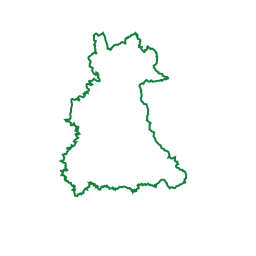 Dam Rong, Lâm Đồng, Vietnam (Albers equal-area conic projection), rotated 301°
{"feature_id": "81297802B48811804766969", "entity_name": "Dam Rong", "entity_type": "district", "adm_level": 2, "iso_a3": "VNM", "parent_name": "Vietnam", "parent_adm1": "Lâm Đồng", "projection": "albers", "projection_center": [108.207, 12.042], "detail": "fine", "context": "isolated", "style": "outline", "palette": "green", "viewbox_px": 256, "rotation_deg": 301, "n_neighbors": 0, "source": "geoboundaries", "source_scale": "gbopen_adm2", "svg_char_len": 5741}
<svg xmlns="http://www.w3.org/2000/svg" viewBox="0 0 256 256"><g transform="rotate(301 128 128)"><path d="M97.8,194.8L99.4,195.3L100.1,196.8L100.1,198.4L100.8,199.2L103.1,199.5L104.6,201.1L106.2,201.5L106.5,202.1L109.5,203.9L110.7,205.0L111.1,204.9L111.1,203.6L112.6,203.6L113.4,202.8L115.1,203.6L118.2,201.6L119.8,199.4L119.9,198.4L119.3,197.2L120.2,196.3L119.0,193.9L119.7,192.5L119.3,189.8L119.9,188.8L121.5,188.5L122.7,189.5L123.0,188.5L124.5,187.8L123.9,185.9L124.2,184.8L127.3,183.4L124.5,181.5L124.1,180.5L124.8,178.8L123.6,177.9L126.6,177.2L128.3,174.7L128.4,173.2L127.7,171.4L127.7,170.6L128.5,170.0L128.1,167.0L129.7,165.3L130.0,162.4L130.9,159.1L131.9,157.4L132.9,156.9L134.0,154.2L137.6,152.7L137.4,149.8L137.8,147.3L142.2,144.8L143.8,144.9L144.3,140.0L145.4,140.1L145.8,139.6L146.9,139.3L147.4,138.4L150.3,138.2L151.4,137.1L153.1,136.6L154.3,135.5L157.9,131.4L156.8,129.5L157.9,127.1L157.9,125.6L160.2,123.7L162.8,123.1L163.8,122.1L164.6,121.8L165.7,120.2L167.0,120.2L167.4,119.1L168.4,118.4L169.8,116.2L171.1,115.8L173.2,116.9L174.1,117.7L174.0,118.5L175.4,118.3L178.4,118.9L178.7,119.5L178.3,120.8L178.6,122.2L179.3,123.1L180.5,123.1L180.8,123.6L180.4,125.5L184.0,129.5L184.6,130.6L186.1,131.4L186.4,132.3L186.0,132.7L188.6,133.8L188.9,135.0L191.1,136.7L192.0,135.5L191.9,135.0L191.2,134.6L190.7,130.9L191.9,129.5L190.6,126.0L191.4,125.4L191.7,121.9L192.6,120.9L192.6,120.3L193.2,119.2L194.3,118.0L197.6,119.2L198.9,119.0L203.0,117.1L203.3,116.4L203.8,116.3L203.8,115.8L204.4,115.9L206.7,114.1L206.7,113.2L207.3,113.1L208.3,110.4L208.5,108.6L208.5,107.9L207.6,107.3L207.8,106.5L207.4,106.3L207.6,104.5L208.2,103.6L208.1,102.8L207.1,102.8L205.5,103.8L204.0,103.4L203.9,102.7L203.3,102.4L201.7,103.0L201.4,102.7L201.9,102.2L201.8,100.7L203.0,98.3L204.3,98.1L203.3,97.2L203.7,96.5L203.2,95.9L204.2,95.6L204.1,95.1L204.5,94.7L205.9,95.0L207.9,93.7L208.8,93.9L209.4,93.6L210.0,92.5L209.5,90.5L210.7,89.5L210.8,88.4L211.6,88.1L212.2,88.5L212.7,87.9L213.2,85.8L212.3,86.1L212.5,85.2L210.6,84.4L209.5,82.9L207.7,83.0L206.3,81.3L205.9,81.1L205.3,81.6L204.5,81.0L204.8,80.6L202.9,79.9L199.1,82.1L199.0,81.6L199.4,81.0L198.6,79.7L198.7,78.7L197.7,78.1L196.0,77.8L195.4,77.1L194.2,76.7L193.6,75.3L191.7,73.4L189.5,73.2L188.5,72.6L187.3,73.1L185.9,72.7L185.8,72.0L186.3,71.9L186.1,70.6L185.4,69.8L188.5,67.5L191.9,63.2L193.9,61.7L196.6,57.6L195.6,57.4L191.8,55.0L192.7,53.0L192.6,52.1L192.1,51.7L189.5,51.0L188.8,51.9L186.3,53.1L185.5,54.1L186.0,55.5L184.3,56.1L181.8,56.1L181.7,57.5L179.9,58.1L178.9,59.4L177.3,60.1L175.7,62.4L175.4,62.2L175.6,61.0L175.0,60.0L174.3,60.0L173.4,59.2L172.2,59.2L168.5,57.7L167.9,57.8L166.6,59.3L166.0,61.7L164.9,62.2L163.8,62.0L161.0,63.4L161.3,66.9L159.4,67.4L158.3,68.1L156.8,71.4L157.0,73.1L159.3,72.2L159.3,73.9L158.1,74.7L158.1,75.4L155.8,76.3L155.8,77.2L155.1,78.4L153.7,79.4L153.1,79.1L152.4,77.2L152.5,73.4L150.0,73.0L148.6,70.6L147.8,70.7L147.4,71.3L146.8,74.9L145.6,74.0L145.7,72.3L144.6,70.2L144.1,70.1L143.3,70.3L141.1,72.5L141.0,74.7L139.3,75.2L138.3,74.3L137.3,75.3L137.1,74.3L136.1,74.1L136.6,73.0L136.1,72.7L135.1,73.0L134.3,72.3L133.8,72.8L133.8,74.2L133.2,74.4L131.3,73.9L130.5,70.3L129.7,69.7L128.6,69.4L127.8,69.7L127.3,71.7L126.3,71.7L126.5,68.9L124.7,68.1L124.2,65.3L123.3,64.8L120.9,66.3L120.2,67.4L118.9,68.2L115.5,69.1L112.5,70.8L110.1,71.2L109.3,72.2L106.9,73.6L105.2,73.5L102.7,70.0L101.9,72.0L103.2,73.6L102.9,76.6L102.5,77.3L101.3,77.2L101.0,77.7L101.9,79.2L104.1,79.3L102.9,80.9L102.4,82.9L103.4,84.8L103.0,85.2L102.3,85.3L102.0,84.1L101.1,83.8L100.5,84.7L101.3,85.3L100.1,85.9L99.1,85.2L99.1,84.3L98.7,84.3L98.8,86.9L97.3,88.1L98.2,88.7L98.0,89.4L96.0,87.9L96.4,86.8L95.7,86.3L94.1,88.7L93.9,90.3L90.6,88.8L88.6,88.5L88.5,90.2L89.0,90.8L87.4,90.7L85.7,91.1L84.2,90.3L84.2,88.7L83.0,89.6L81.8,88.7L80.7,89.4L80.1,89.2L79.9,88.7L80.6,88.7L80.6,87.5L79.7,86.3L79.1,86.5L79.3,87.6L78.1,88.4L76.1,88.0L74.7,88.5L73.5,88.3L73.0,86.8L71.4,86.0L71.2,87.0L70.4,87.5L70.0,88.5L67.5,89.4L66.4,89.1L66.0,87.9L65.1,87.4L65.3,89.6L64.9,90.3L65.8,92.1L65.0,93.3L63.6,93.6L63.2,94.5L62.2,94.4L60.7,96.6L60.5,97.7L60.0,97.5L59.5,96.7L59.6,94.8L58.4,94.8L56.9,92.7L56.6,93.1L57.5,94.6L56.9,95.2L53.4,95.4L54.4,96.9L54.1,98.5L53.1,99.3L53.8,100.2L53.2,100.4L52.2,99.8L51.6,100.0L51.1,100.8L51.9,101.1L50.7,102.5L51.5,103.7L50.6,105.2L51.5,107.3L50.5,108.0L49.8,110.1L50.8,111.0L50.8,112.3L50.2,112.5L50.3,111.9L49.9,111.6L48.3,112.8L46.3,112.4L46.4,113.0L47.6,114.3L45.8,114.6L42.8,117.4L43.5,119.6L45.2,119.2L45.8,120.2L46.6,120.9L47.2,120.9L47.0,122.1L48.4,122.2L49.2,123.3L50.3,122.9L50.5,122.4L53.9,122.6L54.1,124.1L54.5,123.4L55.2,123.4L56.4,124.5L57.2,124.3L57.9,125.0L59.7,123.9L60.5,124.4L60.9,123.2L61.3,124.2L61.8,123.7L62.3,124.0L62.4,124.9L62.0,125.2L61.5,124.8L61.3,125.7L62.3,126.8L62.7,128.4L62.4,128.7L61.6,128.1L61.1,128.3L62.2,130.5L61.2,130.9L62.3,131.5L62.3,132.2L61.5,131.9L61.1,132.4L60.5,134.1L60.5,135.3L61.0,135.9L62.4,135.5L64.3,135.7L64.9,136.5L64.3,136.6L64.6,137.2L66.3,137.7L66.4,139.2L67.6,139.3L67.7,139.7L66.6,140.1L67.3,142.2L66.5,143.5L68.6,145.6L68.0,147.3L68.3,147.6L68.9,147.0L68.6,148.9L69.9,148.7L70.4,150.3L73.5,151.2L73.7,152.9L75.6,154.3L76.4,157.2L76.2,158.9L77.4,160.4L76.7,161.5L77.2,162.1L77.2,163.4L76.2,163.7L77.0,164.5L75.7,165.3L78.1,165.6L77.3,166.7L77.7,167.1L78.5,166.3L78.6,167.4L79.3,166.9L80.4,166.9L81.6,168.2L82.5,167.9L83.7,165.7L85.0,166.0L84.7,167.0L85.7,167.6L86.2,168.4L86.9,168.2L86.5,169.9L87.4,169.9L87.4,170.7L88.7,171.3L88.3,172.8L90.6,173.7L90.1,175.6L90.9,176.2L90.8,177.3L91.4,178.4L91.2,179.7L91.4,181.0L92.7,180.3L93.4,180.6L93.5,181.2L93.1,181.7L94.3,181.3L97.0,182.6L99.9,182.9L101.2,183.8L102.0,185.2L102.2,186.2L100.9,188.4L100.8,189.5L99.2,191.1L97.8,194.8Z" fill="none" stroke="#15803d" stroke-width="2"/></g></svg>